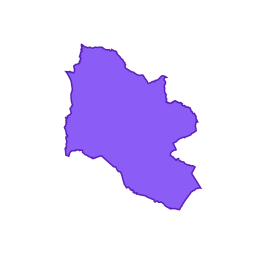 outline of Phayuha Khiri, Nakhon Sawan, Thailand, rotated 69°
{"feature_id": "78962969B23283283328110", "entity_name": "Phayuha Khiri", "entity_type": "district", "adm_level": 2, "iso_a3": "THA", "parent_name": "Thailand", "parent_adm1": "Nakhon Sawan", "projection": "orthographic", "projection_center": [100.164, 15.5], "detail": "fine", "context": "isolated", "style": "filled", "palette": "violet", "viewbox_px": 256, "rotation_deg": 69, "n_neighbors": 0, "source": "geoboundaries", "source_scale": "gbopen_adm2", "svg_char_len": 5693}
<svg xmlns="http://www.w3.org/2000/svg" viewBox="0 0 256 256"><g transform="rotate(69 128 128)"><path d="M43.6,123.0L42.5,125.0L41.9,127.7L40.8,129.7L40.7,130.6L40.9,131.7L40.9,132.2L40.1,133.6L39.0,134.4L38.6,136.8L37.5,138.0L37.3,138.7L35.7,139.9L34.0,140.8L33.3,141.4L34.1,142.0L34.6,142.1L35.0,141.8L35.2,141.3L35.5,141.5L35.8,142.3L36.4,142.3L37.0,142.7L37.5,142.4L37.5,143.1L37.7,143.3L37.6,143.6L38.2,143.9L38.6,143.8L38.7,143.4L39.0,143.2L39.5,143.6L39.9,143.6L40.2,143.9L40.1,144.3L40.3,144.6L40.2,144.8L40.4,145.1L40.8,145.1L40.9,145.4L42.0,145.8L42.2,146.3L42.7,146.4L42.9,146.7L43.1,146.6L43.2,146.9L43.5,147.0L43.6,147.3L43.8,147.5L44.0,147.3L44.3,147.6L44.5,147.2L45.0,147.2L45.6,147.0L46.0,147.3L46.1,147.2L46.3,147.4L46.8,147.5L46.7,147.8L47.1,148.0L47.5,148.0L47.7,148.5L48.0,148.6L48.5,149.5L48.8,149.3L49.3,149.7L49.3,149.4L49.5,149.4L49.8,150.4L50.3,150.5L50.2,151.2L50.4,151.7L50.2,152.1L50.2,153.5L49.9,154.3L50.5,155.5L50.7,156.0L50.6,156.3L52.0,156.7L53.8,156.8L54.6,157.3L55.6,157.5L57.0,158.6L56.7,159.5L55.8,160.3L55.9,161.1L55.1,161.3L54.3,162.1L54.3,162.5L54.6,162.8L54.6,163.0L54.0,163.8L53.1,165.8L55.6,165.0L61.9,164.3L64.1,164.3L71.7,166.0L72.9,166.6L74.5,167.8L75.7,169.0L80.2,170.6L83.6,171.4L86.7,171.5L87.1,172.0L87.3,172.8L88.0,172.8L88.0,173.2L88.6,174.1L88.9,174.9L89.3,175.3L91.2,175.3L93.3,175.6L93.9,175.5L94.1,176.2L94.8,177.5L94.6,177.9L95.2,179.6L95.2,180.3L96.8,180.7L95.8,182.3L96.1,182.6L96.6,182.1L97.0,182.1L97.4,182.5L98.4,182.4L98.7,183.2L100.6,183.3L100.6,183.9L101.5,184.0L102.5,184.3L103.0,185.3L103.4,185.4L104.1,185.8L104.0,186.5L104.5,187.1L105.7,187.2L106.1,187.0L107.0,187.0L110.2,187.3L112.1,187.9L112.4,187.5L113.2,187.7L113.3,187.1L114.5,187.7L114.5,188.4L114.3,189.3L117.5,189.9L119.2,190.1L120.9,191.6L122.6,191.8L124.3,192.8L124.1,193.3L125.0,193.6L124.9,194.1L127.2,194.6L131.1,195.7L131.8,194.8L133.1,193.4L130.6,191.5L130.0,190.7L129.4,189.7L129.4,188.0L129.6,187.0L130.2,186.1L130.3,185.3L130.1,185.2L130.2,184.7L129.9,184.6L131.1,181.1L131.7,181.2L132.0,179.4L132.4,178.5L134.6,179.1L135.6,178.3L136.5,178.1L137.4,177.6L139.3,175.6L139.8,175.4L140.3,175.1L142.4,172.9L143.6,172.3L143.4,172.0L143.0,171.6L144.2,171.0L143.8,169.5L144.2,169.4L144.1,166.6L144.4,162.8L158.8,155.4L159.3,155.0L159.7,153.7L160.0,153.4L161.1,153.2L162.2,153.3L164.0,153.0L164.7,152.7L165.5,152.2L165.6,151.7L166.4,150.8L169.1,150.6L178.9,151.6L183.3,150.8L183.4,148.8L184.0,148.6L184.8,148.0L185.3,147.8L186.5,147.9L187.2,146.7L187.5,146.8L187.7,145.6L189.9,146.1L190.2,145.2L191.0,145.4L191.8,143.1L192.7,143.7L193.3,142.4L194.6,140.8L196.9,137.0L197.6,136.0L198.0,135.6L198.8,135.3L200.3,133.7L200.9,133.2L201.5,132.4L203.0,131.0L203.9,129.6L205.7,129.7L206.8,129.3L206.5,128.2L206.6,126.7L207.9,126.4L208.4,125.9L209.1,123.6L209.7,123.0L211.9,121.7L213.8,121.3L215.8,119.8L217.3,118.5L217.3,118.0L218.2,117.9L218.3,116.7L219.0,116.7L219.1,115.5L220.4,112.5L222.5,109.7L222.7,109.1L221.2,107.5L219.2,104.6L218.5,104.1L215.3,99.5L211.7,93.7L210.4,92.0L210.2,90.5L209.7,89.6L210.0,88.7L210.0,88.3L209.2,86.8L209.0,86.1L209.2,85.0L209.3,84.7L209.6,83.7L209.4,82.7L210.1,81.6L193.6,84.8L192.7,84.3L188.5,79.4L186.5,81.0L185.9,82.5L184.5,84.4L184.2,84.4L184.1,85.1L183.9,85.4L181.7,87.6L179.8,88.1L179.0,89.4L178.0,90.5L177.8,91.1L177.1,91.3L176.9,91.7L176.0,92.0L174.7,91.7L174.5,92.5L174.6,93.7L175.0,94.4L175.4,94.5L175.2,94.8L175.0,95.0L174.2,95.0L173.4,95.4L172.6,96.0L171.7,96.0L168.9,98.1L168.4,98.2L167.9,98.0L166.3,96.7L165.7,95.5L165.3,92.9L165.6,91.5L165.5,90.8L158.8,91.3L158.3,91.1L158.1,87.9L156.9,85.4L156.4,82.9L156.4,81.7L156.7,78.7L157.2,78.6L157.0,77.9L157.0,75.0L156.9,72.0L156.6,71.3L155.9,70.3L155.8,68.5L155.0,65.3L149.7,64.2L148.5,63.3L146.5,62.2L146.9,61.7L147.2,61.4L147.4,60.8L145.1,60.8L143.9,61.2L143.1,61.0L141.6,60.3L140.8,60.6L140.3,60.5L139.2,61.0L138.4,60.8L138.5,61.5L137.8,62.2L136.5,62.1L136.3,62.3L135.9,62.3L135.7,62.6L135.2,62.6L135.0,62.8L135.0,63.0L134.8,63.0L134.5,63.1L133.3,62.8L132.3,63.0L131.6,62.9L131.6,63.1L131.2,63.3L130.9,63.7L130.0,64.3L129.9,64.7L129.5,65.3L129.6,65.6L129.2,66.3L128.9,66.6L128.4,66.5L128.3,67.0L128.0,66.9L127.2,67.3L126.9,68.7L126.6,68.8L126.0,69.2L125.9,69.0L125.5,69.0L125.2,68.8L125.0,68.7L124.7,68.9L124.6,68.7L124.1,69.0L123.7,69.2L123.5,69.6L123.2,69.8L123.5,70.2L123.1,70.5L122.9,71.2L122.6,71.1L122.2,71.6L122.1,72.1L121.9,72.1L121.8,72.4L121.1,72.7L121.2,73.0L120.1,73.6L120.0,74.0L119.7,74.0L119.4,74.5L119.6,74.7L119.5,75.9L119.5,76.2L119.8,76.2L119.7,76.8L120.0,76.9L119.8,77.2L119.9,78.4L120.4,78.6L120.2,79.2L120.0,79.6L120.1,79.8L119.9,80.3L119.9,80.7L119.4,81.2L119.2,81.0L118.9,81.8L118.2,81.7L118.2,82.2L117.7,82.3L117.2,83.1L117.0,82.7L115.8,82.0L115.5,82.0L115.4,81.8L115.0,81.9L114.4,81.4L113.7,81.7L112.7,81.7L112.4,81.4L111.6,81.2L110.8,80.6L110.4,80.2L109.4,80.9L108.7,81.0L108.3,80.7L107.5,80.8L105.4,80.3L103.9,79.3L102.7,79.5L100.3,78.0L100.3,77.3L99.0,76.6L98.2,76.5L96.0,77.0L95.4,76.9L94.4,76.0L94.3,74.7L94.5,73.9L93.8,74.3L92.3,75.8L91.7,76.9L91.5,78.0L92.2,79.6L92.9,80.9L93.7,82.9L93.8,83.6L93.5,84.6L93.4,85.8L94.4,86.6L94.3,86.9L93.7,87.4L93.5,87.7L93.4,88.4L93.9,92.0L93.6,93.2L93.1,93.5L92.6,93.5L92.1,93.3L89.5,93.8L87.6,94.5L85.2,94.8L84.1,95.1L83.6,95.8L83.3,97.4L82.5,99.3L81.2,100.7L77.7,103.1L76.8,104.6L71.6,108.5L70.6,109.0L70.1,108.8L69.6,108.9L69.0,108.5L68.4,108.1L68.1,107.6L67.4,107.9L66.1,107.6L65.5,107.7L65.0,108.3L62.1,108.5L61.8,108.9L60.9,109.3L60.4,109.8L58.3,110.1L56.4,111.1L54.6,111.8L54.3,111.4L54.0,111.3L51.7,111.9L51.5,112.8L48.8,115.1L49.7,116.0L49.6,116.6L49.5,117.1L48.1,117.5L47.8,118.9L46.7,121.0L46.1,121.3L45.2,122.4L44.5,122.5L43.6,123.0Z" fill="#8b5cf6" stroke="#5b21b6" stroke-width="1.5"/></g></svg>